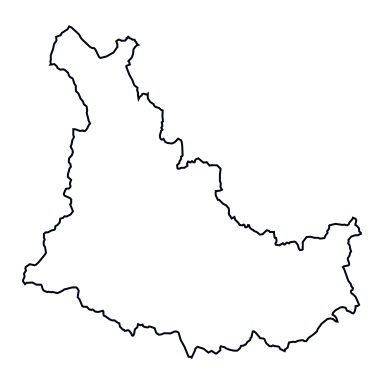 outline of Canas, Cusco, Peru
{"feature_id": "86281439B51394298933174", "entity_name": "Canas", "entity_type": "district", "adm_level": 2, "iso_a3": "PER", "parent_name": "Peru", "parent_adm1": "Cusco", "projection": "natural_earth1", "projection_center": [-71.322, -14.372], "detail": "fine", "context": "isolated", "style": "outline", "palette": "ink", "viewbox_px": 384, "rotation_deg": 0, "n_neighbors": 0, "source": "geoboundaries", "source_scale": "gbopen_adm2", "svg_char_len": 5891}
<svg xmlns="http://www.w3.org/2000/svg" viewBox="0 0 384 384"><path d="M50.5,64.6L54.3,64.1L56.8,66.2L57.6,68.1L60.5,69.7L63.4,69.3L65.0,70.1L68.1,72.8L68.9,75.5L70.2,77.2L72.3,78.2L72.9,79.1L74.4,83.8L75.8,85.8L75.9,91.1L78.4,93.4L80.6,98.6L82.9,101.4L83.9,104.3L86.6,106.4L87.2,110.6L86.7,112.8L88.7,120.8L90.1,123.5L88.7,125.1L87.4,128.1L85.9,130.2L84.7,131.1L83.5,131.1L82.7,130.4L80.1,131.0L75.0,129.2L73.3,129.2L73.3,135.0L74.0,137.0L72.5,139.8L71.5,144.6L70.6,146.7L72.6,150.3L72.8,152.7L71.6,155.6L69.6,157.6L69.0,158.7L68.8,162.0L70.4,164.2L70.9,166.8L69.6,168.4L67.9,174.5L67.9,177.0L71.1,179.8L69.9,183.7L70.5,186.2L70.3,187.2L68.9,188.5L65.9,188.8L63.8,193.8L64.2,195.2L64.9,195.8L70.0,198.1L71.2,199.5L71.2,203.0L70.2,204.5L73.0,211.3L70.8,214.3L69.8,214.9L66.6,216.5L64.6,216.3L62.8,218.0L60.2,218.7L59.7,222.4L57.5,225.0L55.4,226.2L55.1,228.8L54.4,229.8L51.3,230.5L48.1,232.3L45.5,232.4L43.9,234.0L43.9,237.5L44.7,239.4L43.8,241.4L43.6,243.5L43.9,245.3L45.0,247.0L46.0,252.7L45.0,254.5L38.6,262.3L36.0,264.7L34.6,265.3L29.8,264.2L25.7,267.0L25.4,268.7L25.9,270.7L24.0,273.6L24.6,276.7L23.3,279.4L23.0,281.3L25.0,284.1L26.3,282.9L32.3,282.5L36.6,284.7L40.9,284.7L41.6,285.4L42.7,289.3L44.3,290.9L47.5,292.1L48.5,291.7L51.3,292.3L52.1,291.9L57.7,293.1L62.4,290.8L64.4,289.4L72.0,287.5L76.1,287.4L77.3,288.3L78.7,290.6L77.7,297.1L79.6,299.6L82.3,306.1L83.9,306.8L86.9,306.8L89.2,309.4L91.2,309.9L92.7,309.5L95.2,311.6L98.1,312.0L102.9,310.8L103.4,311.4L103.5,315.2L103.9,315.8L105.6,316.4L109.9,319.5L112.2,320.4L114.6,320.4L117.4,322.5L119.3,323.3L119.9,326.6L122.7,329.5L124.1,329.9L124.7,331.0L128.0,330.2L129.2,330.7L131.5,333.8L131.8,335.2L132.6,335.7L133.4,335.5L134.1,333.9L134.9,329.3L137.3,327.3L138.0,324.2L140.7,325.2L142.5,324.6L143.2,326.2L145.0,327.1L147.9,327.4L148.7,326.6L150.2,326.6L154.7,328.2L156.0,332.4L157.3,333.8L159.0,334.7L161.3,334.4L164.4,333.2L170.4,333.4L174.3,331.6L176.6,331.5L178.3,332.4L178.8,333.4L180.7,339.9L184.6,347.0L188.3,356.2L188.7,356.8L190.8,356.9L191.6,357.6L194.7,351.1L195.5,348.5L197.5,346.8L203.7,348.8L208.4,352.6L211.6,350.9L215.5,353.5L216.5,353.5L220.3,350.3L220.2,347.5L221.0,346.3L224.7,347.3L225.9,348.3L229.2,349.6L233.9,350.7L237.4,350.6L239.9,348.4L241.1,345.8L243.5,345.7L244.6,344.7L245.6,344.6L247.4,342.0L250.2,339.9L250.4,338.2L251.4,337.4L252.7,331.5L253.2,331.3L254.1,331.4L255.8,332.8L260.3,338.2L263.2,338.5L264.4,339.1L266.3,343.3L269.5,346.1L271.3,346.3L273.0,345.4L274.5,346.1L278.2,346.5L279.2,347.0L280.2,349.0L284.7,351.1L285.0,349.6L287.6,347.6L289.0,342.5L293.3,341.7L295.2,342.1L298.0,340.8L301.9,340.2L302.9,340.2L304.3,341.1L306.3,341.1L308.5,338.0L314.5,333.6L317.0,331.2L317.9,328.8L321.5,323.8L327.3,319.1L330.3,318.4L333.1,319.1L335.9,321.5L337.5,321.6L336.4,318.2L335.1,316.3L332.5,314.6L333.1,312.7L335.3,310.4L340.5,307.4L342.7,307.1L345.6,307.8L347.0,310.7L350.0,311.7L352.2,313.2L353.4,313.3L354.6,311.7L355.6,308.0L355.6,306.1L357.7,306.0L359.1,304.8L355.6,296.9L352.8,294.1L351.5,293.4L350.9,291.5L351.1,290.6L352.6,289.8L352.9,288.1L351.4,286.3L350.7,283.9L348.3,280.7L344.1,268.9L342.8,267.1L344.0,266.3L348.4,265.4L349.1,264.9L349.1,263.1L347.8,259.5L347.8,258.2L349.4,255.8L350.1,252.9L351.1,251.4L350.0,248.0L349.8,245.7L348.2,243.3L348.7,241.5L348.4,239.9L351.3,236.5L355.4,235.2L357.7,235.3L361.0,233.7L360.8,232.9L359.2,231.3L359.0,228.4L356.8,225.8L355.3,224.8L356.3,220.4L355.5,218.7L352.9,217.7L352.6,218.9L349.3,222.7L348.8,224.2L347.4,225.2L345.8,225.2L344.7,224.6L342.8,224.9L335.5,223.9L329.7,225.2L329.1,225.8L329.3,227.4L328.7,229.3L327.2,231.0L327.5,233.0L325.7,235.1L324.4,238.1L319.9,238.6L318.1,237.8L314.4,237.8L310.7,236.8L306.6,237.0L302.8,242.0L302.7,249.4L302.0,249.9L300.0,250.1L298.9,248.6L297.7,244.7L295.5,242.0L294.4,241.6L290.2,242.2L289.1,243.4L286.8,242.6L284.6,244.6L283.9,244.4L282.8,243.2L279.5,245.3L275.9,244.7L275.4,243.5L276.5,241.6L276.5,240.1L276.0,237.9L274.9,237.9L274.5,237.2L273.9,231.9L270.1,232.0L268.6,230.7L266.6,230.3L262.6,234.2L260.0,234.6L256.5,231.9L254.2,231.1L253.2,229.9L252.4,229.8L249.9,227.8L248.9,225.1L247.9,225.1L247.6,226.4L246.8,227.1L245.3,227.3L244.5,225.2L243.8,224.6L242.2,225.4L239.6,224.9L238.3,222.8L235.4,220.0L234.4,217.0L231.6,218.5L230.3,216.2L229.3,215.2L228.7,212.8L229.1,211.3L228.7,208.4L226.2,205.4L222.9,203.6L219.3,199.9L217.9,199.9L215.7,195.3L215.7,191.1L219.7,190.7L222.0,189.7L220.5,187.2L220.8,183.3L219.9,181.0L219.9,175.2L220.6,168.7L217.0,165.3L211.6,165.2L209.6,165.6L206.7,162.2L203.4,162.6L198.3,158.3L195.7,159.5L194.9,160.8L194.8,162.0L194.0,162.4L193.3,162.3L192.0,161.1L190.4,162.5L188.2,161.5L187.1,163.4L187.4,165.8L184.4,167.8L181.2,167.8L178.9,168.8L177.5,168.4L177.1,165.1L179.2,163.3L179.5,161.3L181.1,159.1L181.0,156.6L182.2,156.2L182.6,155.5L182.2,145.4L181.7,141.8L180.9,140.2L178.1,138.7L174.8,142.2L172.4,143.4L170.9,143.4L167.6,143.0L165.2,141.9L163.5,138.8L161.9,139.7L160.7,139.0L160.1,137.6L159.9,135.3L161.2,130.7L162.5,129.7L161.3,127.7L162.4,126.0L161.7,122.3L163.0,121.4L162.4,116.1L162.7,110.5L161.0,109.7L158.8,107.9L155.4,106.9L154.2,105.7L153.4,104.0L150.1,101.9L147.8,98.3L147.8,93.6L146.4,94.6L143.8,93.7L142.3,94.0L141.6,95.5L139.9,96.7L138.6,99.0L137.9,94.5L138.1,92.9L137.1,90.4L137.5,87.8L134.2,85.2L132.5,80.4L129.1,74.2L126.3,66.7L126.4,65.9L129.9,64.5L129.1,62.0L128.4,61.2L131.7,57.6L133.0,54.2L133.5,49.3L135.4,46.6L137.4,45.0L138.2,44.8L136.5,43.4L136.3,42.2L135.3,41.4L134.5,39.7L132.3,39.6L131.0,38.6L130.1,38.5L128.2,36.8L127.4,38.2L126.6,38.0L126.3,39.3L125.2,40.6L121.4,40.7L119.1,39.6L118.3,39.7L116.3,41.3L117.4,44.6L117.3,47.1L113.5,52.5L106.6,56.4L100.5,58.0L99.0,56.9L95.3,49.3L93.8,48.0L92.4,48.1L90.3,47.1L82.3,39.6L80.6,37.5L79.3,34.8L77.1,32.6L71.5,27.5L69.2,26.4L67.5,29.3L61.9,32.9L60.6,35.1L56.1,37.0L56.5,40.5L54.1,44.1L53.1,48.7L50.7,55.7L50.9,59.2L50.4,61.7L50.9,64.0L50.5,64.6Z" fill="none" stroke="#020617" stroke-width="2"/></svg>